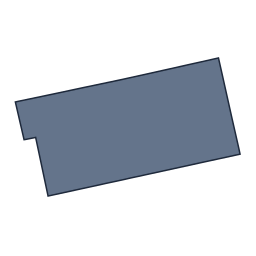 Conhelo, La Pampa, Argentina, rotated 347°
{"feature_id": "61730980B19911830788880", "entity_name": "Conhelo", "entity_type": "district", "adm_level": 2, "iso_a3": "ARG", "parent_name": "Argentina", "parent_adm1": "La Pampa", "projection": "mercator", "projection_center": [-64.66, -36.033], "detail": "fine", "context": "isolated", "style": "filled", "palette": "slate", "viewbox_px": 256, "rotation_deg": 347, "n_neighbors": 0, "source": "geoboundaries", "source_scale": "gbopen_adm2", "svg_char_len": 637}
<svg xmlns="http://www.w3.org/2000/svg" viewBox="0 0 256 256"><g transform="rotate(347 128 128)"><path d="M24.1,116.0L25.3,116.1L35.2,116.4L35.9,116.4L35.5,139.0L34.8,176.3L66.4,176.7L73.2,176.8L91.5,177.0L93.6,177.0L104.6,177.2L112.7,177.3L119.7,177.3L125.4,177.4L129.1,177.5L129.9,177.5L132.2,177.5L133.1,177.5L191.8,178.2L231.3,178.7L231.4,172.4L231.5,142.3L231.7,112.6L231.8,99.8L231.9,80.1L212.2,80.0L201.8,79.9L182.7,79.8L135.1,79.4L134.2,79.4L94.3,78.6L64.5,78.1L64.3,78.1L26.2,77.3L24.1,77.3L24.1,78.7L24.1,88.4L24.1,96.8L24.1,98.1L24.1,101.1L24.1,110.6L24.1,116.0Z" fill="#64748b" stroke="#1e293b" stroke-width="1.5"/></g></svg>